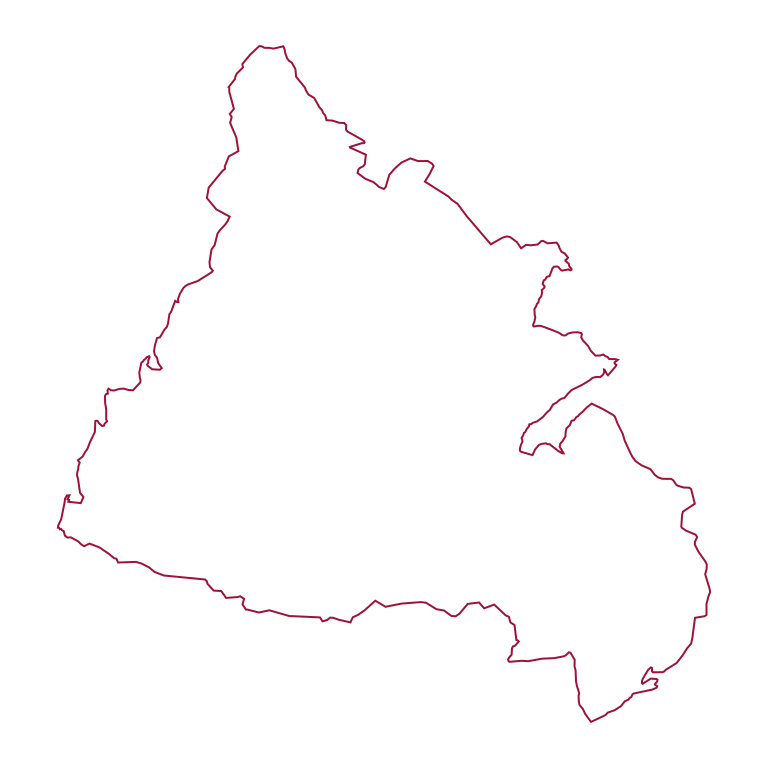 Hartiesti, Arges, Romania
{"feature_id": "2599482B18059402589847", "entity_name": "Hartiesti", "entity_type": "district", "adm_level": 2, "iso_a3": "ROU", "parent_name": "Romania", "parent_adm1": "Arges", "projection": "albers", "projection_center": [25.135, 45.121], "detail": "fine", "context": "isolated", "style": "outline", "palette": "rose", "viewbox_px": 768, "rotation_deg": 0, "n_neighbors": 0, "source": "geoboundaries", "source_scale": "gbopen_adm2", "svg_char_len": 6059}
<svg xmlns="http://www.w3.org/2000/svg" viewBox="0 0 768 768"><path d="M706.5,614.9L706.5,604.1L708.3,596.7L710.1,592.2L709.7,589.2L705.2,574.3L706.6,568.8L706.8,564.6L705.3,561.4L698.3,551.5L694.8,544.6L694.9,541.9L697.1,537.1L695.7,534.7L686.1,530.7L682.1,528.0L681.3,526.8L682.1,514.9L683.0,511.6L694.8,503.7L691.1,489.0L689.2,487.7L683.6,487.5L677.6,485.7L676.3,484.8L673.2,480.2L671.2,478.9L662.4,478.8L658.0,477.3L654.7,474.8L650.5,469.2L641.5,465.3L635.7,461.2L632.6,457.2L630.5,453.3L624.8,440.9L622.7,433.8L617.5,423.5L615.0,416.9L613.5,415.2L602.4,408.8L591.6,403.6L586.5,407.7L582.7,411.7L579.1,414.7L578.2,416.1L576.3,417.1L573.9,420.3L571.6,420.7L569.9,425.0L566.4,428.4L565.7,431.5L565.4,436.5L562.6,441.0L560.2,443.8L559.7,446.9L563.6,453.3L562.2,453.3L558.0,450.8L549.6,444.2L547.2,444.1L546.0,443.3L541.5,443.9L539.0,444.9L535.2,449.3L532.5,455.1L521.1,451.8L519.9,450.7L519.9,448.7L520.8,445.2L522.5,441.4L521.6,437.8L523.0,435.7L524.0,432.8L525.0,432.3L526.8,428.9L529.0,426.3L529.3,424.3L531.0,424.2L533.0,422.7L537.0,421.5L543.2,416.7L546.8,412.5L549.9,409.8L553.0,404.5L556.7,402.5L559.6,399.8L561.8,398.6L564.5,397.9L567.7,393.9L571.6,390.0L582.2,384.8L589.6,380.3L592.5,377.9L596.3,376.9L600.2,377.1L602.9,374.8L604.2,372.4L604.0,369.5L604.5,369.7L607.0,374.3L608.0,375.3L615.5,366.6L616.4,364.9L614.6,363.4L614.5,362.4L617.8,359.8L615.0,359.1L609.2,359.0L607.5,356.9L605.4,356.2L603.3,354.5L600.3,355.5L595.4,355.6L590.9,350.9L587.9,345.7L583.0,340.5L581.2,337.4L581.9,334.1L581.0,333.0L577.5,332.2L572.4,332.5L568.1,333.5L565.8,335.3L564.0,335.5L562.4,335.1L559.4,333.0L553.1,330.4L541.0,325.9L537.9,325.8L533.9,326.5L533.1,325.7L533.3,324.0L534.2,322.2L535.3,317.6L534.7,314.8L534.4,309.0L536.2,306.2L536.9,303.9L538.4,302.4L539.0,299.2L541.2,296.3L542.0,293.3L541.8,290.1L544.4,287.6L544.6,286.6L542.7,284.0L543.7,280.4L545.2,279.6L546.7,276.9L549.5,276.1L552.5,268.3L553.9,266.7L557.3,266.5L558.6,267.2L560.8,269.9L562.2,270.6L568.5,269.4L570.1,270.4L571.4,269.9L571.6,269.1L569.3,266.3L568.8,263.8L565.5,261.0L565.5,259.9L566.9,259.1L568.0,257.6L567.2,256.5L564.6,253.3L561.5,251.8L559.4,247.9L558.8,245.7L556.6,242.6L547.6,243.3L543.0,240.9L541.3,241.1L537.7,244.5L530.6,245.3L526.1,244.8L521.1,248.3L516.9,242.1L510.2,237.1L507.0,236.4L502.4,237.7L490.8,244.3L466.6,216.0L457.5,203.8L451.6,199.7L448.4,196.5L424.9,181.6L429.4,174.4L433.6,166.1L432.1,163.7L427.7,161.0L418.0,161.1L410.3,158.4L401.4,162.6L394.8,168.5L389.3,174.8L385.7,187.0L383.9,189.0L379.2,187.0L373.6,182.2L365.2,178.7L357.6,173.1L358.3,169.6L359.6,168.1L363.2,166.2L364.7,164.5L365.9,154.7L350.1,147.6L349.9,146.9L361.5,143.3L364.1,143.1L364.6,142.3L364.3,141.4L362.0,139.7L347.4,131.5L346.0,129.7L346.2,125.1L344.3,123.0L339.4,122.8L332.4,120.6L326.5,120.2L325.2,115.4L323.1,112.9L322.1,110.4L319.5,107.4L314.1,97.9L308.5,94.6L306.1,90.7L304.8,87.4L296.1,76.8L295.4,69.1L291.8,62.6L289.0,60.8L287.2,58.4L285.3,53.4L284.6,49.4L283.3,46.3L273.5,48.6L269.4,47.9L264.4,47.8L261.3,46.2L259.2,46.1L250.2,54.6L242.3,64.1L243.0,67.4L236.7,73.7L235.5,76.3L235.0,79.0L228.7,87.0L229.2,87.2L229.3,91.9L233.9,108.9L229.8,114.0L231.7,117.1L230.1,122.8L236.3,137.5L238.4,151.1L228.8,156.4L224.7,166.7L225.1,168.7L222.1,171.3L208.7,187.6L206.9,198.0L216.3,209.4L229.7,216.6L227.7,220.9L225.3,224.4L219.9,230.2L217.5,233.6L214.7,245.0L211.5,249.5L209.5,262.0L210.0,267.2L212.9,270.7L211.6,272.3L197.8,281.0L187.9,284.5L185.5,286.0L183.6,287.7L180.0,293.5L177.9,299.3L178.4,302.1L176.9,302.0L175.2,300.8L171.3,311.4L169.4,314.2L168.1,323.1L166.9,326.8L164.4,329.7L159.9,337.4L157.0,338.0L155.0,345.0L154.0,351.3L154.9,355.0L157.0,357.6L158.3,363.3L161.7,368.1L159.9,369.7L152.2,369.3L147.5,365.6L147.1,364.5L148.3,362.7L148.3,360.5L149.6,357.0L149.0,356.2L146.4,357.4L145.3,359.1L143.7,360.2L143.0,361.5L141.4,362.6L139.3,372.4L139.8,377.5L140.5,379.9L140.2,382.5L133.0,390.3L128.5,390.0L123.7,388.6L119.3,388.9L114.1,390.5L111.1,390.3L108.5,388.7L107.5,390.4L107.9,393.6L105.9,394.2L105.0,396.1L105.1,402.7L106.2,409.5L106.2,419.5L107.1,421.2L104.5,423.9L104.0,425.6L102.2,426.0L99.1,423.3L97.5,420.9L95.9,420.7L95.3,421.1L94.9,431.9L90.0,442.1L87.3,449.1L85.5,451.4L82.6,456.6L77.9,460.2L79.7,462.6L78.3,466.7L78.3,468.7L77.1,473.2L77.1,475.8L78.0,478.7L80.0,492.8L83.4,496.9L80.8,503.1L68.4,501.8L69.1,500.0L67.5,499.4L69.5,495.3L66.9,495.5L65.0,498.8L64.6,502.5L61.2,519.2L58.3,525.3L57.9,527.6L58.9,527.6L59.8,529.3L61.1,528.9L61.8,530.1L63.7,531.1L64.9,535.6L67.4,537.5L71.0,537.4L78.4,541.5L81.1,544.3L84.0,546.2L89.5,543.6L99.2,547.3L109.1,554.0L113.9,558.1L116.5,558.8L118.1,562.5L135.9,561.9L141.5,563.5L149.4,567.6L154.5,571.9L163.8,575.5L205.1,579.5L206.9,581.4L207.5,583.9L213.7,590.6L221.2,591.0L226.1,597.9L237.5,597.1L240.2,596.3L244.1,598.8L242.5,604.5L246.0,609.6L247.5,609.6L258.9,612.5L269.4,610.3L289.2,616.0L320.0,617.4L322.5,621.3L327.1,620.1L330.2,617.6L333.1,617.8L338.7,619.7L350.4,622.4L352.8,617.3L358.0,614.9L364.5,610.4L375.3,600.7L385.5,606.8L401.5,603.6L420.7,602.1L426.0,602.7L436.4,609.2L444.0,610.5L451.4,615.9L455.6,616.3L459.5,613.7L467.7,603.9L479.0,602.5L484.2,608.3L494.2,604.6L505.6,615.3L508.9,616.8L510.4,622.4L514.5,625.0L516.4,640.0L517.8,640.4L518.8,641.5L514.9,645.8L512.9,646.4L512.0,648.4L511.6,654.8L508.9,657.7L508.1,659.4L508.6,661.3L509.7,661.8L521.3,660.8L528.2,661.2L541.9,658.7L554.4,658.1L563.5,656.4L565.6,655.4L569.0,652.3L570.0,652.5L570.9,653.3L574.7,659.9L574.5,666.2L575.6,670.5L576.0,681.1L576.7,685.2L579.2,693.3L578.6,695.8L578.8,701.4L579.5,704.9L582.9,709.0L585.2,713.9L591.0,721.9L605.6,715.0L607.8,712.6L614.6,710.2L620.9,706.2L624.8,701.3L628.5,699.5L629.4,698.1L631.3,697.0L632.4,694.4L633.8,693.5L652.6,689.5L656.7,687.6L657.2,686.2L654.9,684.6L655.1,683.8L657.2,681.4L657.5,679.7L656.4,679.0L650.8,678.6L642.6,683.8L641.9,683.1L642.0,680.9L642.9,678.6L648.0,670.0L650.9,667.4L652.2,668.1L652.0,671.4L653.0,672.3L662.1,672.2L663.8,671.7L666.1,669.6L676.5,663.1L682.8,655.1L687.0,648.4L691.2,643.5L692.4,637.6L695.0,617.8L704.7,616.2L706.5,614.9Z" fill="none" stroke="#9f1239" stroke-width="2"/></svg>